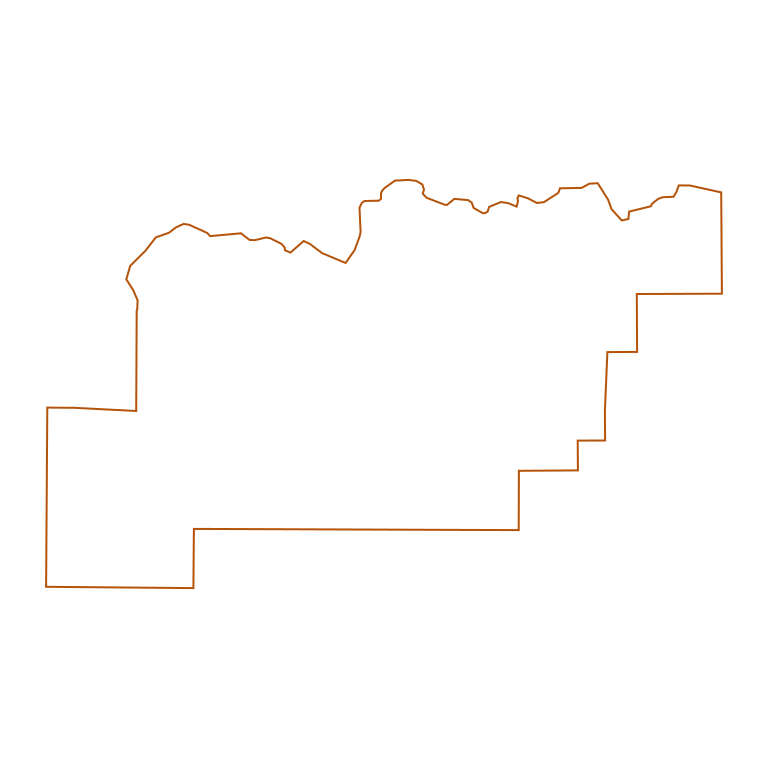 Clark, Idaho, United States of America
{"feature_id": "52423323B27983791088415", "entity_name": "Clark", "entity_type": "district", "adm_level": 2, "iso_a3": "USA", "parent_name": "United States of America", "parent_adm1": "Idaho", "projection": "orthographic", "projection_center": [-112.256, 44.271], "detail": "fine", "context": "isolated", "style": "outline", "palette": "amber", "viewbox_px": 768, "rotation_deg": 0, "n_neighbors": 0, "source": "geoboundaries", "source_scale": "gbopen_adm2", "svg_char_len": 1347}
<svg xmlns="http://www.w3.org/2000/svg" viewBox="0 0 768 768"><path d="M47.3,407.6L46.1,586.8L193.4,588.1L193.9,528.9L458.9,529.9L518.7,530.1L518.9,470.8L577.9,470.4L577.7,440.6L605.1,440.5L604.9,410.6L607.4,352.1L637.1,351.9L636.8,294.0L721.9,293.7L721.2,192.4L689.9,185.5L678.8,185.4L676.3,192.2L673.4,196.8L662.8,197.2L658.3,198.8L652.2,203.6L650.8,206.3L629.1,211.6L628.4,218.9L621.8,220.5L611.5,209.1L608.1,199.7L597.7,183.2L589.3,183.7L581.6,187.9L560.0,188.3L558.3,192.9L544.0,202.1L537.0,203.0L527.9,198.3L518.7,195.4L517.5,198.1L518.0,201.5L516.6,206.6L508.6,203.3L501.0,202.0L489.1,206.9L487.7,211.5L485.1,213.1L482.6,213.1L473.6,207.9L471.7,202.6L468.1,200.1L454.3,198.9L447.0,204.9L444.9,204.8L426.5,197.7L422.7,193.6L424.0,189.7L422.4,184.5L416.2,180.9L408.5,179.9L395.0,180.6L384.6,188.0L382.0,190.8L381.0,193.2L381.0,198.8L378.9,200.7L364.5,201.0L361.8,203.0L359.5,207.7L360.6,232.1L359.5,236.8L354.7,249.9L345.6,263.0L322.2,253.2L310.0,244.0L303.7,241.0L290.4,252.6L284.9,250.2L284.7,247.5L281.4,243.8L270.1,238.2L265.9,237.5L254.7,240.2L249.5,239.9L240.9,233.3L214.8,235.7L210.3,236.2L207.1,232.9L189.2,224.8L183.7,223.9L175.9,227.4L169.1,232.7L155.8,237.4L145.5,250.7L130.2,265.9L126.3,279.4L133.1,289.9L137.6,300.3L137.2,310.0L136.7,310.7L136.2,411.0L74.2,407.8L47.3,407.6Z" fill="none" stroke="#b45309" stroke-width="2"/></svg>